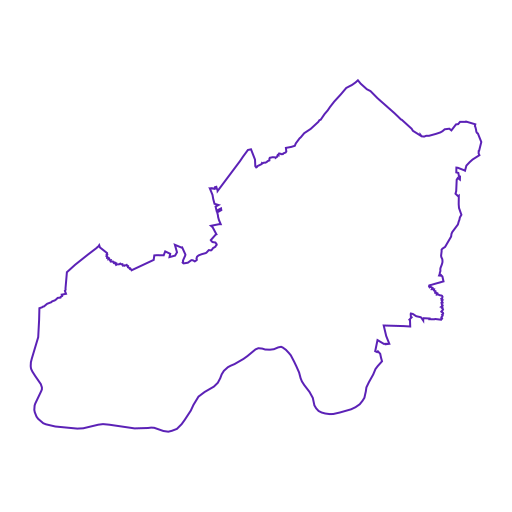 the district of Ūdrīšu pag., Kraslavas, Latvia
{"feature_id": "27541924B10135077648270", "entity_name": "Ūdrīšu pag.", "entity_type": "district", "adm_level": 2, "iso_a3": "LVA", "parent_name": "Latvia", "parent_adm1": "Kraslavas", "projection": "albers", "projection_center": [27.063, 55.925], "detail": "fine", "context": "isolated", "style": "outline", "palette": "violet", "viewbox_px": 512, "rotation_deg": 0, "n_neighbors": 0, "source": "geoboundaries", "source_scale": "gbopen_adm2", "svg_char_len": 6028}
<svg xmlns="http://www.w3.org/2000/svg" viewBox="0 0 512 512"><path d="M382.0,361.3L381.0,357.6L380.2,353.8L377.9,351.3L377.1,352.1L375.2,351.2L377.5,340.1L383.9,343.9L386.2,343.8L386.1,344.2L389.3,343.8L386.2,336.0L383.7,325.5L403.7,326.1L410.2,326.5L410.0,320.2L409.4,319.7L411.6,317.3L410.9,316.9L410.7,314.0L410.9,313.5L412.9,314.0L416.2,316.2L420.7,317.2L421.3,317.7L423.2,320.5L423.2,318.7L423.8,318.5L423.8,318.2L429.5,318.5L429.4,319.2L434.2,319.3L435.2,319.0L441.0,319.7L441.3,318.4L442.5,319.4L442.3,319.1L441.9,317.9L441.4,317.5L441.7,316.7L442.7,315.6L442.7,315.3L442.2,314.7L442.8,314.3L442.8,313.6L443.1,313.4L443.0,312.9L442.3,312.2L441.5,311.9L441.3,311.6L442.6,310.2L443.0,309.3L442.5,308.7L442.5,308.3L442.2,308.1L442.5,307.8L442.3,307.3L441.2,306.9L442.6,305.8L442.7,305.4L442.0,305.0L441.5,302.9L442.6,302.6L441.7,300.7L442.5,300.0L441.6,299.5L441.3,298.7L442.2,298.2L442.5,296.7L442.0,295.8L441.4,295.5L440.0,295.3L437.7,294.4L436.7,294.6L436.7,294.4L437.4,294.1L437.5,293.4L437.1,293.2L436.4,293.4L436.2,293.2L436.3,292.7L436.1,292.6L435.2,292.8L435.1,292.4L435.4,291.2L434.1,290.6L433.9,290.1L434.1,289.3L431.9,289.2L432.6,288.0L430.5,286.7L429.6,287.3L429.0,286.3L429.3,285.4L443.5,281.4L442.4,276.5L441.7,275.8L439.1,275.5L439.4,274.8L439.8,275.3L440.5,275.5L440.7,274.8L439.6,274.4L439.9,272.5L440.4,271.0L440.3,269.0L440.6,267.7L441.8,264.6L442.4,262.5L442.5,261.1L442.3,259.2L441.3,257.0L441.1,255.6L441.6,251.4L441.6,249.7L442.4,248.7L445.1,246.9L451.1,236.6L451.5,233.8L452.3,232.0L457.9,224.5L458.7,221.6L459.4,219.8L459.9,217.4L461.4,214.8L459.0,208.0L458.7,204.2L458.8,195.7L458.1,196.2L455.5,193.7L456.2,191.1L456.7,179.7L457.8,178.0L459.9,179.6L460.0,176.5L459.0,176.3L458.3,172.9L456.3,172.4L456.4,167.6L457.9,167.8L464.3,170.3L465.0,170.7L466.4,165.6L469.7,162.1L472.6,159.5L479.4,155.2L478.6,153.3L478.7,151.0L479.1,150.8L481.3,142.0L477.9,133.5L477.0,132.9L476.6,132.3L476.2,131.0L476.1,129.9L475.4,127.1L474.9,126.1L475.3,124.3L466.5,121.7L466.5,121.9L460.0,121.9L458.2,124.1L456.0,124.4L451.4,130.4L449.3,128.7L444.7,129.3L442.5,131.2L440.4,132.4L435.9,133.9L429.0,135.8L426.2,135.8L424.1,136.6L421.6,136.3L420.5,134.9L420.5,135.6L412.9,130.8L411.6,128.7L401.8,119.8L401.0,119.5L394.6,113.3L377.6,98.3L370.5,91.1L366.8,89.2L360.6,83.6L357.9,80.3L355.6,82.4L352.1,84.9L346.3,87.9L340.8,94.4L334.2,101.6L330.0,107.0L327.7,110.4L324.6,114.0L320.7,119.7L319.4,120.2L318.3,121.9L310.7,128.9L304.2,133.2L300.7,137.4L299.6,138.3L295.8,143.4L294.8,145.8L291.3,146.9L285.9,147.9L286.3,151.5L285.6,152.5L283.4,153.4L282.9,154.1L281.2,154.2L280.8,153.8L279.1,153.5L278.6,154.4L278.0,154.7L278.0,155.1L278.3,155.5L277.4,155.6L277.2,156.7L275.9,157.6L275.9,157.4L272.7,157.2L269.8,157.8L269.4,158.8L269.4,160.4L267.5,161.2L266.9,161.9L265.4,162.7L263.9,162.7L262.5,163.3L262.0,163.0L261.6,164.1L257.5,166.1L256.9,166.6L256.9,167.0L256.2,167.4L255.3,166.2L255.0,159.6L251.0,149.3L247.9,150.0L243.1,156.5L240.0,161.1L217.6,191.0L217.5,189.9L216.8,188.7L216.3,186.8L214.9,187.2L214.7,187.7L214.8,188.5L214.7,188.9L214.1,188.8L214.0,188.5L212.9,188.6L212.5,188.3L212.0,188.5L211.1,188.1L210.4,188.6L209.9,188.5L212.5,194.9L213.2,198.9L214.5,203.8L218.5,205.0L215.6,206.6L216.6,210.8L221.0,208.4L221.3,210.1L217.2,212.4L217.9,215.2L218.1,217.0L218.9,219.9L220.7,224.2L219.0,224.2L211.0,225.8L212.6,227.2L216.4,234.3L215.8,234.5L210.8,240.1L211.8,241.5L212.7,242.1L215.4,242.5L216.6,244.2L216.7,244.8L216.0,245.5L215.4,246.7L212.9,248.2L212.1,249.5L211.0,250.4L208.8,250.1L206.5,252.6L205.7,253.1L201.7,254.2L198.8,255.3L197.7,256.1L197.0,256.8L196.5,258.5L196.8,259.2L196.7,260.1L194.8,261.4L193.1,260.4L191.8,260.1L191.0,260.4L187.9,262.7L183.6,263.4L183.0,263.0L182.6,262.5L183.1,261.6L183.0,260.5L185.2,255.6L185.4,254.6L185.2,254.1L181.8,246.6L181.8,247.7L174.9,244.8L177.0,252.3L175.1,255.6L169.5,257.1L170.2,253.8L165.2,251.4L163.7,255.3L156.6,255.2L154.3,255.4L153.7,259.9L131.7,270.2L131.6,269.8L131.0,269.5L130.4,268.6L129.9,268.9L129.5,268.4L129.5,268.0L128.0,267.3L128.1,266.3L127.6,266.2L127.6,265.8L127.2,265.7L126.7,264.9L126.0,265.3L124.7,265.3L124.4,265.7L123.9,265.5L123.1,265.6L123.1,265.3L122.5,264.9L122.4,264.2L121.3,264.3L120.3,263.6L119.1,264.3L117.1,264.3L116.1,264.9L115.8,264.3L116.0,263.5L115.5,263.6L115.3,262.8L114.9,262.9L114.5,262.6L114.3,263.1L113.9,263.1L112.9,261.5L110.7,261.6L110.4,260.7L110.6,260.2L109.9,260.3L109.5,260.0L109.2,258.5L108.8,258.3L108.4,258.6L108.5,257.8L108.3,257.7L107.1,257.8L107.2,257.1L106.6,256.4L106.9,256.2L106.6,255.8L107.0,255.1L106.8,254.9L107.1,254.7L106.8,254.4L107.1,253.8L106.9,253.4L107.0,253.0L99.9,247.4L99.2,245.2L98.2,246.7L97.6,246.9L96.7,247.9L87.9,254.6L75.2,264.7L66.9,272.2L65.5,288.4L65.6,289.3L65.5,290.0L64.9,290.8L66.0,293.8L61.9,294.6L62.3,295.3L62.2,296.0L60.8,296.7L60.5,297.6L57.7,297.9L55.8,299.7L54.6,300.5L53.3,300.9L51.9,301.5L51.3,302.2L47.1,303.8L43.9,306.5L43.0,306.6L42.1,307.3L39.4,308.2L39.1,320.0L38.2,337.2L31.8,358.6L30.9,362.2L30.7,366.1L30.9,367.9L31.2,369.1L32.4,371.6L35.2,376.0L40.8,384.1L41.9,387.4L41.9,389.3L41.3,390.9L35.2,403.7L34.6,405.6L34.3,409.9L34.8,412.3L36.5,416.6L38.1,418.8L43.2,423.2L45.9,424.3L55.3,426.5L77.3,428.6L83.2,428.3L98.3,424.7L103.0,424.1L109.3,424.7L134.6,428.4L148.0,428.0L151.2,427.6L154.2,427.8L163.4,431.0L168.3,431.7L171.9,430.8L176.9,428.9L181.6,424.2L184.7,419.9L190.8,410.6L193.5,404.8L198.5,396.6L204.6,392.0L213.9,386.6L217.8,382.8L220.2,378.3L221.7,374.3L223.9,370.8L227.9,367.2L230.7,365.7L234.5,364.1L243.5,358.9L247.4,356.1L255.5,349.4L258.4,348.2L262.3,348.6L265.1,349.5L269.9,349.7L273.9,349.2L278.2,347.4L281.1,346.8L282.7,347.5L285.9,349.8L288.9,353.0L290.8,355.3L294.1,361.6L296.4,366.4L299.1,372.5L300.6,378.2L301.9,381.4L304.2,385.0L309.5,391.9L312.8,397.9L314.4,405.4L316.2,408.4L318.6,411.0L321.6,412.5L325.2,413.5L329.7,414.1L333.3,414.0L339.9,412.5L351.1,409.3L355.5,407.2L359.7,404.3L362.5,400.8L364.4,397.8L365.8,391.5L366.4,387.4L368.9,382.2L373.2,374.5L375.5,369.0L377.7,366.1L382.0,361.3Z" fill="none" stroke="#5b21b6" stroke-width="2"/></svg>